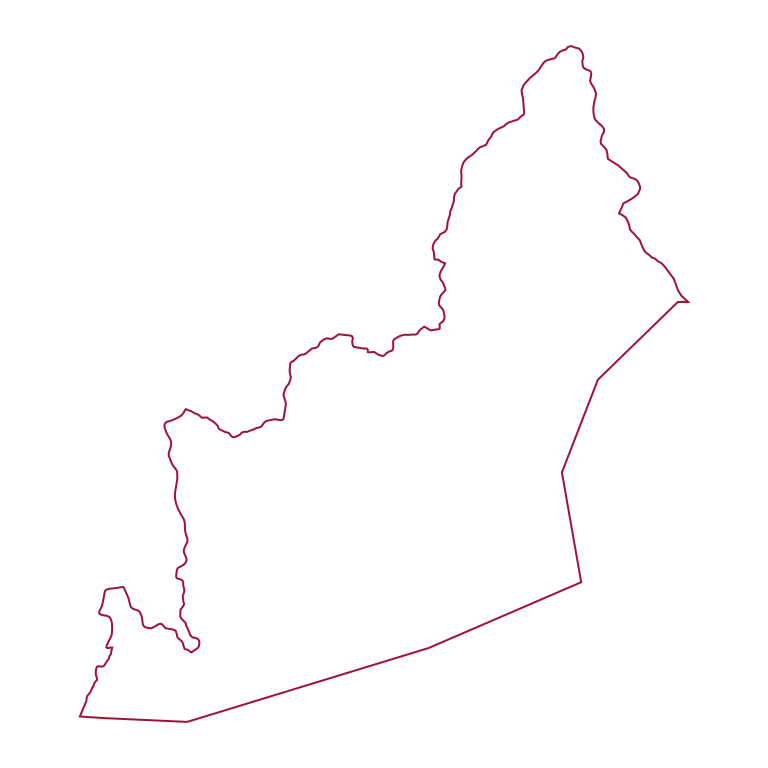 the district of Senge, Geylegphug, Bhutan
{"feature_id": "84629894B83148928798212", "entity_name": "Senge", "entity_type": "district", "adm_level": 2, "iso_a3": "BTN", "parent_name": "Bhutan", "parent_adm1": "Geylegphug", "projection": "natural_earth1", "projection_center": [90.093, 26.834], "detail": "fine", "context": "isolated", "style": "outline", "palette": "rose", "viewbox_px": 768, "rotation_deg": 0, "n_neighbors": 0, "source": "geoboundaries", "source_scale": "gbopen_adm2", "svg_char_len": 6062}
<svg xmlns="http://www.w3.org/2000/svg" viewBox="0 0 768 768"><path d="M185.8,409.1L182.8,413.9L181.0,415.7L178.8,417.1L175.5,418.8L170.8,420.7L167.2,421.7L166.1,422.3L165.2,423.2L164.6,424.4L164.4,425.7L164.9,428.3L166.2,432.1L167.4,434.5L170.1,439.0L171.0,441.5L171.1,444.2L171.0,445.5L170.3,448.1L169.0,451.9L168.7,453.2L168.7,454.5L168.9,455.8L169.8,458.4L171.7,463.3L173.0,465.6L176.2,469.8L176.8,470.9L177.1,472.2L177.2,473.5L177.3,478.9L174.9,493.5L175.0,497.5L175.3,500.1L176.2,504.0L178.1,509.0L180.5,513.7L183.2,518.2L184.3,520.6L184.8,523.3L185.0,530.0L185.2,531.3L185.8,533.9L187.4,539.0L187.5,540.4L187.3,541.7L186.8,542.9L184.5,547.7L183.8,550.2L183.8,551.6L184.1,552.9L186.2,557.8L186.5,559.1L186.5,560.4L186.0,561.7L185.4,562.8L183.7,564.7L181.5,566.1L178.1,567.8L177.4,568.8L176.9,570.1L176.3,574.1L176.2,576.8L176.7,578.0L177.7,578.6L180.2,579.3L181.3,579.8L182.2,580.3L183.2,581.9L183.2,585.2L184.2,589.1L184.2,591.2L184.0,592.5L182.8,595.7L182.8,596.8L183.4,601.5L184.1,604.1L183.4,605.7L182.0,607.8L180.6,609.3L180.3,611.5L180.3,616.7L181.3,618.5L185.4,622.8L186.0,623.8L186.3,626.2L187.4,627.8L190.4,635.2L191.4,636.5L192.8,637.4L196.2,638.2L198.4,639.5L199.0,640.6L199.3,642.0L199.4,643.3L198.9,645.9L198.4,647.2L197.6,648.2L192.3,651.7L191.2,652.3L190.1,651.7L188.1,650.0L187.0,649.6L185.7,649.4L184.6,648.9L183.7,646.4L183.0,643.8L182.5,642.6L181.9,641.5L181.0,640.5L178.0,638.1L177.4,637.0L176.5,633.1L175.5,630.6L174.4,630.0L172.0,629.3L165.9,628.3L164.9,627.7L163.3,625.6L161.4,623.8L159.0,624.0L154.6,626.6L151.3,628.3L147.6,627.8L145.2,627.2L144.2,626.4L143.3,625.4L142.8,624.2L142.1,618.9L141.6,616.3L140.7,613.8L139.4,611.5L138.4,610.7L133.7,609.1L132.5,608.5L131.5,607.7L130.7,606.7L130.3,605.4L128.3,597.7L124.0,587.9L123.2,587.0L121.9,587.0L115.8,588.1L108.4,588.9L106.0,589.9L105.2,590.7L104.7,592.0L103.3,599.9L102.2,605.1L101.2,607.6L99.4,611.1L99.1,612.5L99.5,613.7L100.6,614.5L103.0,615.2L106.7,615.8L109.0,616.7L109.9,617.6L110.6,618.8L111.5,621.3L112.0,623.9L112.1,626.6L112.1,630.6L111.7,634.6L111.3,635.9L106.8,645.3L106.4,647.4L107.5,648.2L110.4,647.6L112.2,647.5L111.4,650.9L110.9,654.2L109.7,655.7L109.1,657.3L108.9,658.4L106.6,661.9L105.7,663.1L104.5,665.3L103.5,666.1L102.3,666.6L101.2,666.6L100.1,666.3L98.1,666.3L96.8,666.9L96.1,669.2L95.7,671.9L95.8,674.2L96.2,676.0L97.0,678.1L96.8,680.2L94.5,682.8L93.8,684.5L93.3,686.4L92.2,687.8L91.5,689.6L90.3,692.2L87.5,695.6L86.7,698.0L86.3,701.1L79.9,716.5L104.4,718.1L187.1,721.9L428.7,648.0L581.2,582.2L561.9,472.4L597.9,379.7L677.8,302.0L688.1,301.9L681.4,295.8L677.8,289.9L674.0,279.1L664.9,266.9L661.5,263.1L658.4,261.5L654.8,258.6L651.9,257.5L648.7,254.5L646.0,252.8L644.5,251.0L642.4,246.9L639.5,239.7L637.1,237.5L634.7,234.5L632.0,231.9L629.9,229.4L629.3,225.6L627.8,221.5L625.7,217.5L622.1,214.9L619.0,213.4L621.5,208.2L623.4,203.4L628.3,200.8L634.0,197.3L638.2,193.5L640.0,189.0L640.0,186.7L638.8,183.3L636.7,180.1L634.7,178.8L631.2,177.8L629.3,176.7L627.1,173.3L618.0,165.2L611.3,161.1L607.8,158.7L607.4,154.0L606.5,149.9L603.6,146.4L601.0,143.8L600.5,141.3L602.0,135.4L604.0,131.8L603.9,128.8L602.3,126.3L598.4,123.0L595.5,120.0L594.2,117.2L593.4,111.9L593.4,107.5L594.4,101.1L595.6,97.2L596.0,93.6L594.5,89.0L592.9,86.1L591.0,83.4L590.1,80.6L591.3,74.2L590.6,71.3L588.0,70.1L586.5,69.6L583.4,67.6L582.7,65.3L582.3,60.8L583.4,57.4L582.7,53.8L581.7,51.5L578.9,48.5L574.5,47.4L572.8,46.6L570.7,46.1L567.6,47.2L566.1,49.4L562.5,50.4L560.1,51.7L558.0,53.5L555.3,57.7L554.3,58.3L548.2,59.9L545.9,60.8L544.9,61.5L543.2,63.3L539.5,68.9L537.9,71.0L536.1,72.8L530.2,77.8L525.6,82.6L523.9,84.7L522.8,87.0L522.5,88.2L521.7,89.5L521.6,91.1L521.9,93.3L522.5,96.3L523.0,97.7L523.6,106.2L524.2,112.8L523.8,114.4L522.7,115.1L519.9,117.4L518.7,118.7L517.7,119.6L515.6,120.3L514.0,120.6L510.4,122.0L509.4,122.1L506.4,123.8L504.0,126.1L501.9,127.2L498.4,128.7L493.5,132.1L492.1,134.4L491.3,136.3L488.5,140.0L486.1,144.8L479.4,147.6L474.5,152.6L471.7,155.1L466.8,158.4L463.8,161.9L462.5,165.0L461.1,170.8L461.4,174.4L461.6,175.6L461.1,184.4L461.6,186.6L458.7,188.6L454.9,193.8L453.9,197.3L453.9,200.8L451.7,208.1L450.2,211.5L449.9,214.9L447.6,222.0L447.4,225.1L446.7,229.3L445.1,231.6L443.3,232.7L440.3,234.1L437.5,239.0L435.3,240.6L433.3,244.4L432.6,248.0L432.9,249.5L433.7,251.3L434.5,259.2L435.4,259.6L438.2,259.6L441.4,261.9L445.1,263.3L444.3,265.3L440.6,271.6L439.4,275.6L440.0,278.0L441.1,280.4L442.5,282.0L443.2,283.2L444.2,286.1L445.2,287.8L445.4,289.9L444.7,291.0L441.6,294.4L440.4,296.1L439.9,297.4L439.2,300.5L438.8,303.9L439.6,305.9L442.2,308.6L443.0,309.8L443.7,311.8L444.1,314.5L444.6,316.5L444.2,319.4L443.4,320.7L442.8,321.4L440.2,323.5L439.5,324.2L439.7,326.1L439.6,328.7L438.1,329.4L436.2,329.4L432.8,330.1L430.6,330.3L429.4,329.7L426.9,328.1L424.2,326.7L421.3,328.8L419.2,330.8L417.5,333.6L415.3,334.6L412.1,334.5L409.0,334.9L404.9,334.7L401.8,335.4L399.7,336.1L394.0,339.4L393.3,340.7L393.1,342.2L393.3,347.5L392.5,350.2L391.2,350.9L388.7,351.8L386.9,352.8L384.4,355.3L382.8,356.0L379.1,355.1L374.0,351.9L368.8,352.4L367.8,352.1L367.8,349.7L366.7,348.5L362.9,348.5L358.8,347.6L357.4,347.7L355.0,346.9L353.7,346.8L352.5,344.5L352.2,341.4L352.9,338.0L351.9,336.1L350.1,335.5L338.7,334.3L332.9,338.4L331.1,339.0L326.9,338.3L325.6,338.7L323.4,339.7L319.7,342.7L319.5,343.8L318.2,346.3L317.1,347.2L315.8,347.8L312.0,348.5L306.0,353.4L304.5,354.3L303.2,354.6L301.5,354.6L298.6,356.0L293.3,361.2L291.3,361.9L290.6,363.0L290.2,364.0L289.6,370.3L290.0,374.1L290.8,376.7L290.4,379.7L288.6,384.1L286.2,386.9L285.3,388.8L283.7,393.5L283.5,395.5L285.4,401.3L285.9,404.0L283.6,418.7L281.9,420.2L280.9,420.2L274.4,419.2L266.3,421.0L264.4,422.3L261.6,426.2L260.2,427.2L256.6,428.0L252.7,429.8L250.1,430.6L247.0,431.9L243.9,431.8L241.8,432.6L239.7,434.9L234.2,437.3L232.9,437.1L231.5,436.4L229.3,433.5L227.9,432.7L224.6,431.8L219.5,429.3L218.5,428.1L217.9,426.2L217.1,425.2L214.7,422.7L212.5,421.1L209.9,419.7L207.1,417.5L203.1,417.6L202.2,417.9L199.3,415.5L197.3,414.2L194.7,413.3L190.9,411.0L188.5,410.3L185.8,409.1Z" fill="none" stroke="#9f1239" stroke-width="2"/></svg>